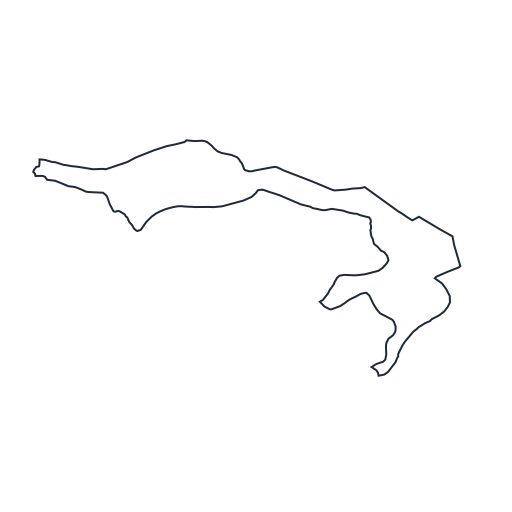 Nahualá, Sololá, Guatemala (Equal Earth projection), rotated 76°
{"feature_id": "79465075B99753253329912", "entity_name": "Nahualá", "entity_type": "district", "adm_level": 2, "iso_a3": "GTM", "parent_name": "Guatemala", "parent_adm1": "Sololá", "projection": "equal_earth", "projection_center": [-91.386, 14.735], "detail": "fine", "context": "isolated", "style": "outline", "palette": "slate", "viewbox_px": 512, "rotation_deg": 76, "n_neighbors": 0, "source": "geoboundaries", "source_scale": "gbopen_adm2", "svg_char_len": 3143}
<svg xmlns="http://www.w3.org/2000/svg" viewBox="0 0 512 512"><g transform="rotate(76 256 256)"><path d="M175.0,214.1L174.2,215.7L173.8,219.0L172.8,235.9L172.8,239.3L172.2,242.2L171.7,242.9L170.0,245.9L169.2,246.4L162.9,247.2L159.7,248.7L158.3,248.9L155.5,250.6L152.1,255.2L150.7,258.2L147.8,264.3L145.2,267.9L141.5,270.6L137.5,272.8L136.9,273.3L133.9,275.6L132.1,277.9L131.6,279.6L131.1,280.3L129.7,287.6L128.4,291.4L126.9,295.5L127.8,296.9L128.1,298.4L128.2,306.6L127.8,316.0L128.8,329.9L131.4,349.2L133.7,358.2L135.5,380.6L134.3,384.0L132.4,393.2L129.2,400.6L127.2,405.3L126.3,407.5L125.7,409.0L124.1,413.5L122.1,417.8L121.1,420.5L116.5,428.0L116.1,428.9L115.9,429.8L115.6,430.7L114.4,432.9L111.9,437.1L111.6,437.7L111.2,438.8L110.2,441.8L109.9,442.7L110.9,442.9L114.7,444.0L116.5,444.8L116.5,447.9L117.4,448.8L118.4,450.3L120.5,451.8L122.4,450.6L125.0,450.6L126.7,443.6L128.2,441.5L131.5,440.3L134.4,432.7L142.9,421.1L145.4,414.7L149.3,409.2L152.3,405.6L153.4,403.1L157.6,389.1L160.4,387.0L162.3,386.1L170.3,385.4L177.7,383.6L178.2,383.3L178.7,382.6L179.0,381.6L178.9,380.4L179.0,378.9L179.3,377.9L183.7,373.4L186.1,372.7L187.6,371.5L192.1,370.9L196.0,368.8L199.6,367.8L202.0,366.3L203.1,365.0L202.7,361.4L196.4,354.2L192.6,347.8L190.7,343.1L189.5,338.1L188.6,331.5L188.5,325.8L188.8,320.2L189.1,318.5L189.5,317.0L189.7,316.0L190.7,313.3L192.3,308.0L192.7,306.4L193.1,305.4L193.8,303.1L196.9,290.3L198.4,284.9L199.6,276.8L199.2,255.0L197.7,246.3L194.9,240.9L192.7,238.4L193.0,234.2L193.5,233.7L193.5,233.0L196.1,229.1L202.5,218.8L213.5,204.3L216.6,200.2L218.6,196.6L221.2,191.6L223.6,188.9L224.5,186.6L227.7,180.2L228.3,177.4L228.6,171.0L233.0,160.7L236.3,155.5L238.5,150.9L239.4,148.0L241.5,145.2L244.9,139.0L245.9,136.9L248.1,136.0L250.9,136.3L252.1,137.3L254.4,137.1L257.2,137.7L258.4,138.7L261.0,139.0L264.5,139.3L267.6,138.6L272.7,138.6L276.6,135.7L281.0,133.5L283.3,130.6L287.5,128.7L292.1,128.5L294.6,130.7L298.2,136.0L300.0,140.8L300.1,154.8L299.4,160.3L298.7,164.8L295.7,174.8L295.3,179.6L296.6,182.4L300.9,186.6L301.8,186.8L306.9,192.8L309.7,195.1L314.8,201.7L315.8,205.1L321.6,201.8L325.6,197.2L326.0,195.8L325.0,186.5L323.5,182.3L322.9,180.6L321.7,178.0L320.9,175.5L320.3,173.1L319.7,169.7L318.1,163.7L318.1,161.2L318.2,158.5L318.6,157.7L321.7,155.6L330.5,153.8L333.5,152.9L336.7,151.9L341.6,149.5L346.9,143.5L350.9,139.1L353.0,138.2L358.1,137.6L361.8,138.5L363.8,139.7L366.0,142.1L368.3,147.4L371.3,150.2L374.5,151.6L383.3,153.5L387.8,155.6L389.3,158.0L389.9,165.4L391.7,170.7L396.1,166.8L398.9,165.9L401.8,166.0L402.1,160.3L400.4,155.9L392.5,146.0L389.8,144.3L387.8,142.3L385.8,141.9L384.1,140.6L378.0,135.3L375.2,132.3L367.5,121.7L365.7,117.6L364.5,115.7L362.0,107.9L361.3,103.1L359.8,100.7L357.9,92.7L355.4,86.9L351.7,82.2L347.9,79.0L341.7,77.7L334.0,79.5L327.8,82.0L320.9,87.9L319.7,86.1L317.6,73.6L316.2,62.2L315.3,60.2L293.3,61.1L284.5,60.6L273.8,71.9L261.0,84.8L257.4,88.3L257.9,90.5L258.9,94.2L259.2,95.7L257.7,97.3L255.3,99.5L250.5,103.8L247.1,107.2L215.4,133.9L215.5,137.7L213.9,146.3L213.3,153.0L211.4,163.9L210.3,165.9L196.7,184.2L180.0,208.0L175.0,214.1Z" fill="none" stroke="#1e293b" stroke-width="2"/></g></svg>